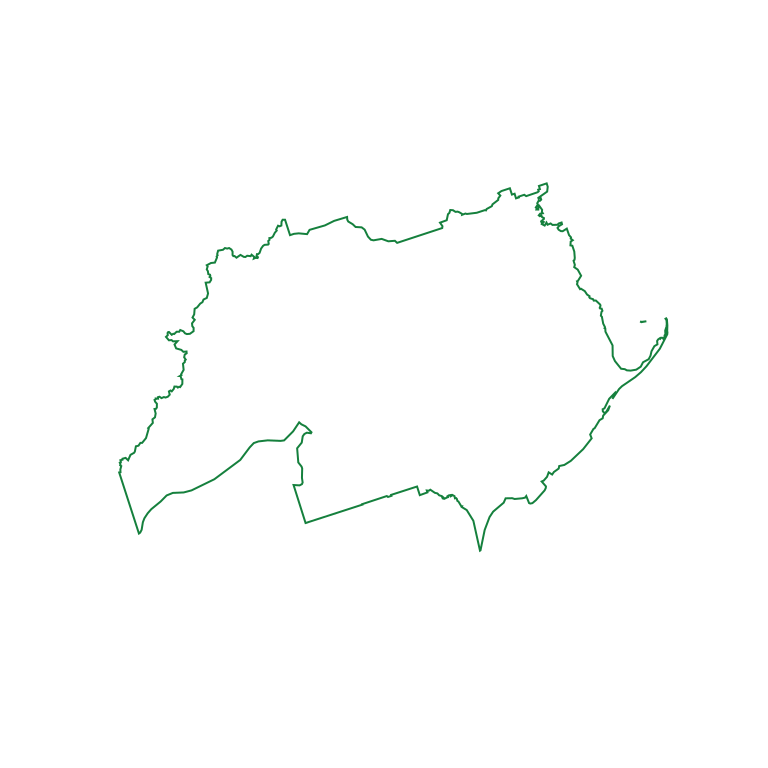 outline of Burdekin, Queensland, Australia, rotated 66°
{"feature_id": "25037944B77283019061987", "entity_name": "Burdekin", "entity_type": "district", "adm_level": 2, "iso_a3": "AUS", "parent_name": "Australia", "parent_adm1": "Queensland", "projection": "albers", "projection_center": [147.381, -19.849], "detail": "fine", "context": "isolated", "style": "outline", "palette": "green", "viewbox_px": 768, "rotation_deg": 66, "n_neighbors": 0, "source": "geoboundaries", "source_scale": "gbopen_adm2", "svg_char_len": 6164}
<svg xmlns="http://www.w3.org/2000/svg" viewBox="0 0 768 768"><g transform="rotate(66 384 384)"><path d="M308.7,156.1L308.4,159.2L309.1,160.7L307.2,165.4L305.1,166.5L305.0,169.8L302.6,169.9L304.6,172.8L302.2,174.7L301.0,172.2L300.4,172.8L301.1,174.4L299.3,174.3L298.3,170.9L297.5,170.4L295.8,171.7L294.2,171.7L294.1,173.4L292.9,174.0L291.9,172.0L292.6,169.5L290.9,169.7L289.2,168.7L284.3,169.7L284.7,170.7L287.4,172.1L286.6,173.8L285.8,173.0L284.5,173.5L282.6,170.4L281.2,170.5L279.5,168.2L280.1,167.1L279.5,165.4L277.8,165.2L277.6,167.4L276.7,167.3L274.6,156.7L270.4,154.2L266.9,153.8L266.1,161.9L269.4,162.3L269.2,164.1L270.9,164.3L271.3,165.7L270.2,177.7L268.2,178.9L267.6,184.8L268.4,184.9L268.1,187.9L263.3,187.3L263.0,190.1L256.4,189.4L255.5,198.2L256.2,202.1L259.2,201.1L260.8,204.0L262.3,204.8L264.0,211.8L265.4,213.2L265.9,219.1L266.9,220.2L266.2,221.1L265.3,229.6L262.4,239.1L261.4,240.3L261.2,243.7L260.7,243.3L257.8,245.3L256.5,246.6L255.8,248.7L253.3,250.3L252.0,252.7L254.3,254.7L254.9,256.5L259.9,260.1L259.4,267.2L263.6,266.4L265.2,267.4L260.4,314.6L257.6,315.8L255.4,322.0L250.5,327.1L248.5,335.1L246.9,337.3L242.8,338.7L235.1,338.9L231.8,340.7L229.0,346.1L225.3,347.6L221.0,350.6L218.9,350.7L216.4,349.8L214.7,363.2L215.1,373.5L212.9,389.3L215.8,393.3L211.7,400.6L210.2,405.2L209.8,409.3L193.7,407.6L192.7,409.8L194.1,411.6L197.5,413.3L197.5,415.2L196.3,416.4L199.0,419.7L200.2,419.6L201.4,422.2L204.1,425.5L204.6,427.3L204.1,429.4L205.7,429.9L206.3,431.6L209.1,432.3L209.5,433.2L208.3,436.5L208.6,438.3L210.3,441.2L213.6,444.3L214.2,446.4L213.7,447.2L215.2,448.4L216.9,447.6L217.5,448.3L216.5,450.0L216.5,451.9L215.2,450.8L212.0,452.4L213.0,453.8L211.2,456.8L211.6,459.0L210.8,460.4L207.7,462.6L208.6,467.4L206.3,468.5L205.9,469.6L204.6,469.9L201.5,468.5L199.1,468.7L196.8,470.2L196.5,472.2L195.1,474.0L195.9,476.5L194.7,481.3L197.5,483.6L198.7,483.6L199.4,485.0L200.5,485.1L204.3,489.1L203.1,492.8L203.4,497.6L204.9,497.3L207.2,499.3L209.2,499.0L212.2,499.8L213.4,498.5L214.7,498.7L215.3,499.8L217.0,498.8L218.6,499.6L220.2,502.0L218.9,505.7L229.7,507.9L233.3,510.9L233.4,514.5L235.4,516.6L235.8,519.2L238.0,523.5L238.3,526.4L243.2,529.1L245.4,531.9L248.4,530.8L250.5,534.7L253.2,535.6L255.3,535.1L258.3,536.5L259.2,540.9L258.2,543.8L256.7,545.2L254.3,545.8L251.8,548.2L253.0,549.8L251.9,552.2L253.0,555.3L252.4,556.1L252.7,557.9L249.0,559.3L248.8,560.1L249.4,561.0L251.5,561.7L252.3,564.0L256.6,562.7L257.5,560.2L259.2,559.4L260.9,555.2L262.7,559.3L266.9,559.4L270.4,555.3L273.0,554.2L274.0,551.2L275.7,551.8L276.0,554.0L278.3,555.7L281.1,555.2L281.5,556.4L282.9,557.0L283.7,559.4L289.6,561.3L292.6,565.4L293.5,565.4L293.7,567.3L294.1,566.6L297.2,567.1L297.8,566.3L301.9,568.2L303.9,571.5L303.2,572.2L303.4,573.8L302.1,574.3L301.1,576.5L303.0,578.1L304.4,580.9L303.1,581.7L303.3,583.5L306.6,584.1L307.7,586.7L307.5,589.1L306.4,590.4L306.4,593.0L304.3,594.3L304.1,595.9L305.5,596.4L304.4,598.4L305.0,598.6L305.2,600.1L307.0,600.3L309.7,599.5L313.1,601.1L313.9,602.3L313.5,603.8L318.1,604.6L321.3,606.8L322.1,609.9L325.5,611.0L328.4,617.4L329.1,617.1L336.6,623.4L339.4,628.9L338.7,630.5L340.5,633.4L340.0,636.0L344.4,639.1L345.2,640.3L345.6,644.4L349.6,648.8L346.4,650.1L345.9,653.3L346.8,653.7L346.4,655.8L348.3,656.1L348.5,657.4L349.9,657.3L350.9,658.1L352.1,657.4L354.8,659.6L357.4,660.6L357.1,661.9L420.9,668.7L420.6,667.2L418.6,664.7L412.2,660.5L409.2,657.5L406.0,652.5L403.7,647.5L400.5,635.8L397.4,627.9L397.6,621.2L401.6,611.1L402.9,603.1L402.0,577.7L394.9,546.2L387.3,532.5L385.0,527.0L385.4,522.0L388.2,513.1L393.9,501.6L394.9,498.2L390.3,486.3L384.5,477.1L387.2,475.9L390.8,472.9L398.6,469.9L399.3,470.8L397.1,474.3L397.3,477.1L398.7,479.5L404.1,483.0L407.4,489.5L420.8,494.2L425.9,492.9L427.9,493.1L436.3,497.1L440.9,498.4L442.1,499.7L442.3,502.3L439.5,507.7L479.1,512.2L485.4,452.8L484.9,452.8L487.5,427.0L488.8,426.3L489.2,422.7L488.2,422.6L491.1,395.5L500.1,396.5L500.7,388.4L498.7,388.2L499.7,386.5L499.4,384.7L504.1,381.8L505.7,379.7L508.1,378.9L509.9,376.8L511.4,376.1L511.4,376.9L512.4,376.9L513.4,375.7L513.3,372.4L512.7,372.0L513.1,371.5L512.3,371.2L512.1,370.2L512.7,368.8L513.7,368.9L513.6,367.6L512.7,367.8L513.0,366.8L515.1,365.2L517.3,365.7L517.5,364.6L518.5,364.2L520.7,364.5L521.6,363.8L527.3,363.1L527.5,362.5L528.0,363.0L532.8,359.7L545.3,358.0L575.3,364.1L575.2,363.5L558.3,351.4L548.5,341.7L545.0,336.2L541.1,322.9L537.9,319.4L540.5,313.3L542.2,311.4L544.6,304.3L545.2,301.4L544.2,299.6L551.8,299.9L552.7,299.0L553.2,296.9L551.9,292.4L546.5,280.5L544.8,278.5L543.4,277.7L537.2,279.6L537.2,277.4L535.1,272.8L531.7,269.5L535.1,267.2L533.5,264.6L532.3,258.8L530.2,257.3L531.3,252.2L530.2,244.6L524.5,228.5L518.1,216.4L514.0,216.2L510.2,210.9L510.1,209.6L504.7,201.8L504.3,198.2L502.0,196.6L499.2,189.9L495.6,186.4L499.7,192.1L500.5,194.3L498.0,195.2L496.0,194.5L495.9,192.5L489.1,184.3L485.9,176.3L487.2,176.5L490.5,181.4L484.2,171.3L482.8,167.5L479.9,151.7L477.7,144.4L474.5,136.9L464.0,117.7L453.8,105.0L451.4,103.7L452.4,104.9L450.2,104.0L450.9,103.8L445.7,101.3L440.1,99.3L438.8,99.5L438.9,100.3L440.7,100.0L447.5,102.5L444.7,101.7L448.4,103.3L450.3,105.0L446.7,102.8L449.6,105.4L453.0,106.7L453.7,107.9L456.9,109.5L456.7,110.4L455.2,110.6L454.4,112.1L455.0,113.2L454.4,113.4L454.8,115.5L455.8,117.0L459.0,118.1L459.4,121.6L462.9,126.3L466.5,129.0L469.0,132.1L469.5,138.5L472.6,142.4L473.5,147.7L472.1,153.2L470.3,156.6L468.4,158.0L466.5,161.2L457.0,163.7L451.5,163.7L441.7,159.5L426.3,160.4L423.4,159.3L422.7,159.8L422.0,159.0L418.0,159.2L411.2,157.6L409.8,158.1L406.6,156.0L406.0,154.7L403.7,154.5L403.0,155.8L402.2,156.0L400.6,154.4L399.4,154.2L393.9,156.5L393.1,158.5L391.6,158.5L389.4,160.9L388.4,161.2L387.4,160.5L384.9,162.1L380.8,162.8L377.1,165.3L377.1,166.3L371.3,167.1L370.1,166.0L368.7,165.9L368.8,165.1L365.3,159.9L358.3,160.5L354.6,162.7L352.8,161.2L348.5,160.7L348.0,159.4L346.3,158.4L340.4,156.3L334.3,155.7L333.2,157.3L329.8,155.5L329.4,153.1L327.1,154.3L326.1,153.5L323.3,154.4L316.4,153.8L317.1,158.6L316.3,160.2L314.1,161.7L312.0,162.0L310.9,159.9L310.5,156.4L308.7,156.1ZM431.1,124.6L432.2,123.7L433.4,118.8L432.1,123.2L431.1,124.6Z" fill="none" stroke="#15803d" stroke-width="2"/></g></svg>